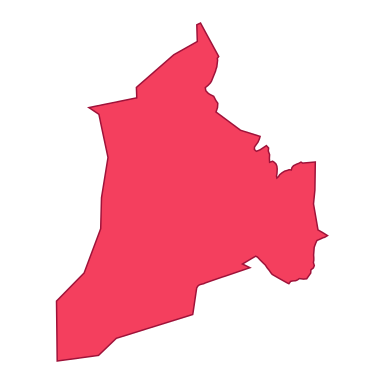 Cocal, Piauí, Brazil
{"feature_id": "56859067B44151936465975", "entity_name": "Cocal", "entity_type": "district", "adm_level": 2, "iso_a3": "BRA", "parent_name": "Brazil", "parent_adm1": "Piauí", "projection": "robinson", "projection_center": [-41.456, -3.429], "detail": "fine", "context": "isolated", "style": "filled", "palette": "rose", "viewbox_px": 384, "rotation_deg": 0, "n_neighbors": 0, "source": "geoboundaries", "source_scale": "gbopen_adm2", "svg_char_len": 1775}
<svg xmlns="http://www.w3.org/2000/svg" viewBox="0 0 384 384"><path d="M88.9,107.6L95.2,111.8L98.9,114.3L99.9,119.0L100.7,123.0L108.0,157.5L101.5,197.7L100.7,228.7L84.1,273.0L78.0,279.2L56.5,301.1L56.9,333.0L57.2,361.0L98.5,355.4L100.8,353.2L116.3,338.3L146.7,328.8L192.7,314.5L193.1,312.2L196.7,287.9L198.0,285.9L199.5,284.8L201.5,284.2L203.7,283.7L205.4,282.9L212.2,280.5L222.7,276.9L225.0,276.2L249.9,267.7L242.5,264.0L252.7,257.9L255.7,256.2L257.5,257.1L258.8,258.5L260.2,260.0L261.6,261.4L263.3,263.1L265.3,265.0L267.2,267.9L269.4,270.6L270.8,272.7L272.2,274.4L279.1,278.4L287.0,282.8L288.9,283.7L290.6,281.4L292.8,280.9L295.7,280.7L297.5,279.9L299.3,278.6L301.2,278.8L303.4,279.1L306.7,278.8L310.7,273.1L310.9,269.9L313.4,267.9L314.3,265.6L313.4,262.6L313.8,260.1L313.8,257.8L313.6,255.0L314.2,247.3L315.7,243.2L316.9,240.5L321.1,238.7L322.9,237.8L324.7,237.3L327.5,235.6L323.7,233.2L318.0,229.9L313.5,203.9L314.9,190.1L315.3,162.0L302.6,163.1L301.0,162.1L298.7,163.4L296.9,164.0L295.1,164.9L293.5,165.7L292.0,167.5L291.3,170.0L289.1,169.7L287.3,170.4L284.7,171.1L282.0,172.8L279.7,174.7L278.4,176.7L276.9,178.0L276.5,176.1L277.0,173.1L277.2,169.0L276.9,166.3L276.0,164.0L274.4,162.4L272.6,161.2L269.6,162.3L269.4,158.1L269.6,154.7L268.3,151.0L268.6,148.0L266.4,145.6L260.1,149.8L256.4,151.3L254.4,149.5L254.5,147.0L258.0,142.1L259.4,138.9L260.1,136.4L240.6,130.3L216.0,112.0L217.5,107.6L217.8,103.3L215.8,100.4L213.7,96.3L209.5,94.2L208.0,93.1L205.8,90.7L205.3,87.6L208.1,85.3L210.4,82.9L211.5,81.1L215.5,71.2L216.0,69.2L216.8,66.9L217.6,60.2L217.3,58.3L218.7,56.5L205.3,31.9L200.5,23.0L196.8,24.8L197.3,41.5L174.0,54.6L172.0,56.3L136.4,87.4L136.7,95.8L136.7,97.9L134.4,98.3L130.0,99.2L94.6,106.4L88.9,107.6Z" fill="#f43f5e" stroke="#9f1239" stroke-width="1.5"/></svg>